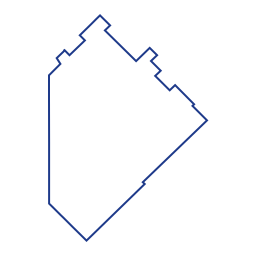 Rivadavia, Buenos Aires, Argentina (Robinson projection)
{"feature_id": "61730980B79277873614202", "entity_name": "Rivadavia", "entity_type": "district", "adm_level": 2, "iso_a3": "ARG", "parent_name": "Argentina", "parent_adm1": "Buenos Aires", "projection": "robinson", "projection_center": [-63.133, -35.581], "detail": "fine", "context": "isolated", "style": "outline", "palette": "blue", "viewbox_px": 256, "rotation_deg": 0, "n_neighbors": 0, "source": "geoboundaries", "source_scale": "gbopen_adm2", "svg_char_len": 580}
<svg xmlns="http://www.w3.org/2000/svg" viewBox="0 0 256 256"><path d="M207.0,120.4L192.5,105.9L194.1,104.3L175.1,85.1L169.7,90.3L155.2,75.9L160.7,70.7L151.0,61.0L157.1,55.2L149.7,47.9L136.1,61.1L104.9,30.4L110.1,25.4L100.0,15.4L96.5,18.8L90.5,24.8L79.8,35.3L84.9,40.4L69.5,55.2L64.5,50.1L64.1,50.4L64.1,51.0L56.7,58.1L60.4,63.9L56.7,67.6L53.9,70.4L49.0,75.3L49.0,96.8L49.0,97.7L49.1,142.3L49.1,180.8L49.1,203.6L54.0,208.4L56.4,210.8L60.7,215.1L63.6,217.9L64.7,219.0L72.8,227.1L86.5,240.6L144.7,184.0L142.8,182.2L207.0,120.4Z" fill="none" stroke="#1e3a8a" stroke-width="2"/></svg>